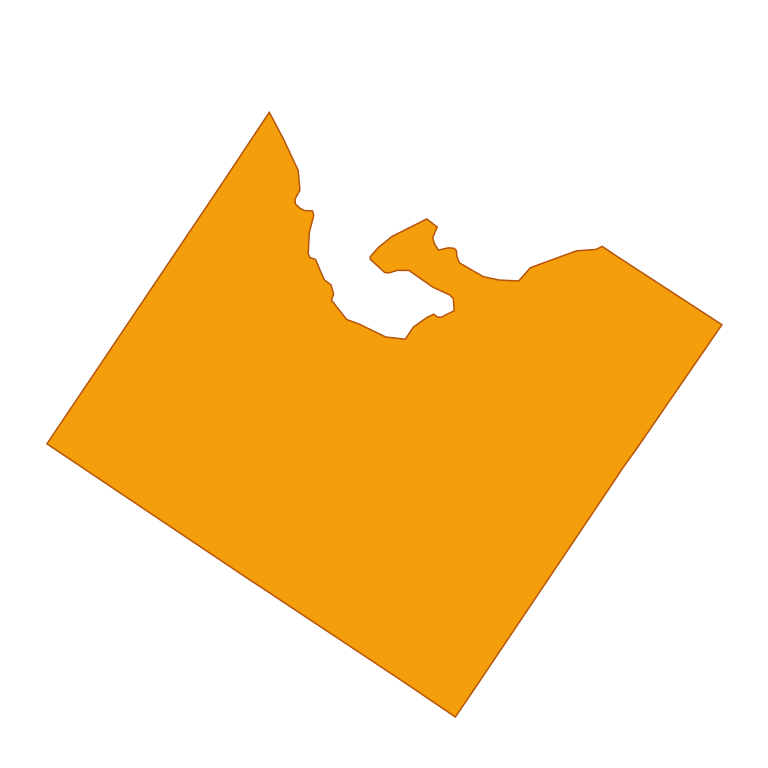 the district of Hillsborough, Florida, United States of America, rotated 124°
{"feature_id": "52423323B74651487208839", "entity_name": "Hillsborough", "entity_type": "district", "adm_level": 2, "iso_a3": "USA", "parent_name": "United States of America", "parent_adm1": "Florida", "projection": "robinson", "projection_center": [-82.445, 27.909], "detail": "fine", "context": "isolated", "style": "filled", "palette": "amber", "viewbox_px": 768, "rotation_deg": 124, "n_neighbors": 0, "source": "geoboundaries", "source_scale": "gbopen_adm2", "svg_char_len": 1143}
<svg xmlns="http://www.w3.org/2000/svg" viewBox="0 0 768 768"><g transform="rotate(124 384 384)"><path d="M147.9,280.1L153.8,283.4L166.1,299.0L205.7,327.7L223.3,330.0L233.5,346.8L239.5,361.8L241.4,389.0L237.8,394.6L233.0,398.6L232.2,401.5L235.0,406.7L242.5,413.7L239.8,420.1L235.5,425.5L224.1,427.6L223.3,440.9L257.4,460.0L274.4,465.1L286.1,466.6L288.3,465.1L291.2,445.7L289.0,441.9L282.2,436.4L275.9,426.8L276.4,397.4L273.4,379.1L274.5,374.3L283.9,366.8L296.6,373.9L298.6,376.9L298.3,381.8L305.0,385.7L316.2,389.9L320.4,391.5L335.0,391.4L344.1,409.0L348.2,437.9L351.4,451.1L351.3,451.4L343.9,474.4L337.5,476.1L331.5,483.3L330.9,492.1L319.0,510.5L320.6,516.1L318.5,519.6L300.2,530.6L283.6,536.5L280.5,539.9L284.6,546.8L285.3,551.8L284.2,558.3L280.3,561.2L272.4,561.9L270.4,562.1L254.9,574.6L246.8,588.2L236.7,605.1L222.9,631.0L246.4,630.9L246.6,630.9L303.3,630.4L622.1,630.0L621.5,385.5L621.2,367.3L621.1,343.2L620.4,254.6L620.0,193.2L620.2,138.6L580.6,138.5L457.9,138.7L350.9,138.9L337.7,138.9L320.3,139.1L297.1,138.4L286.8,138.3L145.9,137.0L146.3,163.5L147.9,263.0L147.9,280.1Z" fill="#f59e0b" stroke="#b45309" stroke-width="1.5"/></g></svg>